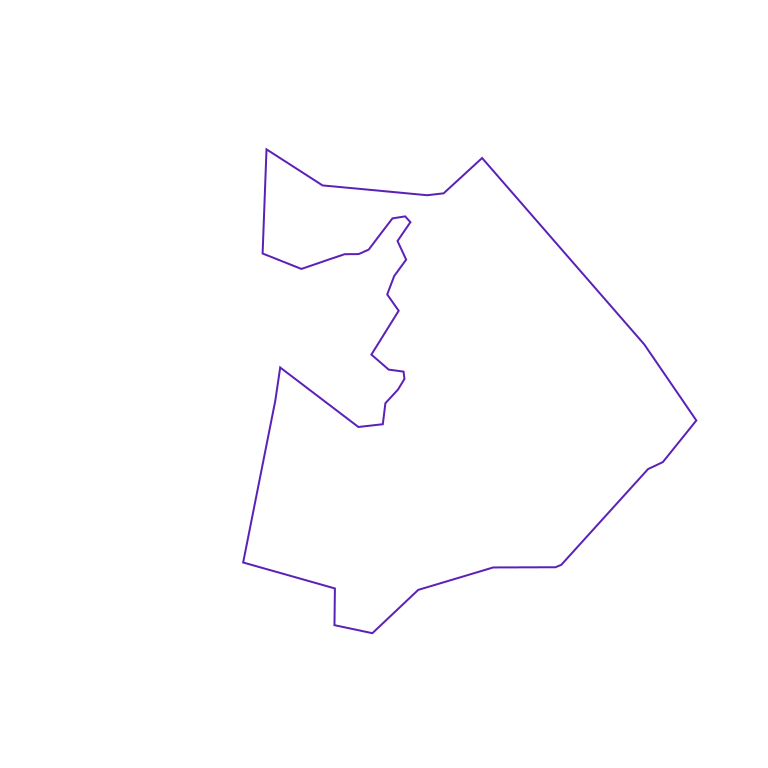 outline of Kidal, Kidal, Mali, rotated 318°
{"feature_id": "8926073B1219027063836", "entity_name": "Kidal", "entity_type": "district", "adm_level": 2, "iso_a3": "MLI", "parent_name": "Mali", "parent_adm1": "Kidal", "projection": "robinson", "projection_center": [1.27, 18.544], "detail": "fine", "context": "isolated", "style": "outline", "palette": "violet", "viewbox_px": 768, "rotation_deg": 318, "n_neighbors": 0, "source": "geoboundaries", "source_scale": "gbopen_adm2", "svg_char_len": 682}
<svg xmlns="http://www.w3.org/2000/svg" viewBox="0 0 768 768"><g transform="rotate(318 384 384)"><path d="M394.8,637.0L523.3,623.9L539.0,628.6L591.7,620.1L603.9,528.8L608.1,281.7L555.9,282.2L542.5,272.7L471.2,195.3L453.7,131.0L381.1,205.8L399.6,243.2L427.8,255.2L441.6,261.2L452.1,270.5L462.6,273.9L480.1,270.5L501.1,266.6L511.9,273.6L511.9,281.4L489.7,286.8L483.7,306.4L463.8,310.6L446.3,319.6L443.9,339.4L394.3,353.7L397.1,376.4L406.8,387.9L402.6,393.9L390.7,397.5L372.2,399.2L356.2,413.1L336.2,398.8L317.9,302.3L292.0,323.7L159.9,422.4L210.7,503.1L185.8,530.1L208.6,561.4L271.7,559.9L342.4,593.4L388.8,634.9L394.8,637.0Z" fill="none" stroke="#5b21b6" stroke-width="2"/></g></svg>